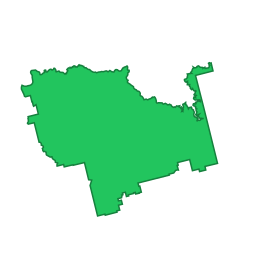 the district of Dardanup, Western Australia, Australia, rotated 346°
{"feature_id": "25037944B56639802047851", "entity_name": "Dardanup", "entity_type": "district", "adm_level": 2, "iso_a3": "AUS", "parent_name": "Australia", "parent_adm1": "Western Australia", "projection": "mercator", "projection_center": [115.891, -33.416], "detail": "fine", "context": "isolated", "style": "filled", "palette": "green", "viewbox_px": 256, "rotation_deg": 346, "n_neighbors": 0, "source": "geoboundaries", "source_scale": "gbopen_adm2", "svg_char_len": 5787}
<svg xmlns="http://www.w3.org/2000/svg" viewBox="0 0 256 256"><g transform="rotate(346 128 128)"><path d="M38.3,120.3L39.1,120.5L39.6,121.0L40.1,122.1L39.7,123.7L40.9,124.4L41.3,125.6L41.2,126.4L39.9,127.1L40.1,128.1L39.9,129.3L40.4,130.5L41.2,130.4L42.7,131.7L42.3,133.6L42.4,134.5L45.5,137.4L46.8,137.4L47.3,137.6L47.1,138.5L47.9,140.4L49.1,141.4L49.5,142.1L49.2,143.6L50.2,144.4L51.3,144.8L51.3,145.1L50.1,146.6L50.0,147.8L56.7,147.8L56.7,150.3L65.8,150.4L65.8,150.9L77.4,151.0L77.3,168.7L80.2,169.8L77.3,174.6L77.2,206.0L84.8,206.0L84.8,207.1L97.0,207.0L97.1,205.7L100.1,205.7L100.1,200.6L104.1,200.6L104.1,196.5L101.1,196.4L101.1,194.1L104.9,194.1L105.9,192.0L105.7,191.5L106.9,191.5L106.9,189.7L109.9,189.7L109.9,194.1L112.2,194.1L112.2,192.9L117.7,192.9L117.7,192.2L119.5,192.2L119.5,193.9L123.2,194.0L123.2,193.5L125.4,193.5L125.4,187.2L124.4,187.2L124.4,183.8L156.7,183.7L156.7,182.7L161.5,182.7L163.9,180.7L165.7,180.6L166.7,181.0L166.6,176.2L167.7,176.2L167.7,173.5L180.2,173.5L180.2,185.0L186.9,185.0L186.9,187.6L193.3,187.6L193.4,183.9L206.3,184.0L206.4,125.3L206.2,93.3L224.3,93.2L224.4,85.0L223.8,85.1L222.8,84.3L221.8,84.6L221.7,84.8L222.1,86.1L222.5,87.0L221.8,87.2L221.7,88.1L221.2,88.8L220.1,89.2L219.2,88.9L218.6,89.1L218.0,88.7L217.3,88.9L217.0,88.0L217.1,87.7L215.3,88.2L215.5,87.7L215.1,87.3L212.8,86.6L211.7,85.0L211.2,84.7L209.9,85.0L209.7,85.4L209.4,85.4L209.3,85.8L208.0,85.9L207.0,85.6L206.2,84.8L206.3,85.3L206.0,85.9L205.4,85.9L204.8,86.5L204.2,87.4L204.0,88.0L202.4,89.2L202.4,89.8L202.8,90.3L201.8,90.0L201.5,90.3L200.7,90.0L199.4,90.1L198.6,89.9L198.6,91.5L198.0,92.3L198.0,93.2L196.4,94.4L194.6,94.5L194.4,94.8L194.3,95.3L194.6,95.9L194.5,96.6L195.0,97.3L196.9,97.1L196.3,98.1L196.9,98.3L196.8,98.8L196.0,100.3L196.8,100.7L198.4,100.8L198.4,101.0L198.0,101.4L197.7,102.2L198.5,103.7L198.1,104.5L198.3,105.1L199.1,106.2L200.2,105.4L200.3,106.2L201.0,107.8L201.3,108.1L202.3,108.0L202.9,108.6L201.8,109.7L201.7,110.4L201.0,111.0L200.5,111.2L200.1,111.7L200.3,112.2L202.0,112.7L202.2,112.9L201.0,113.5L200.9,114.8L200.0,113.9L199.5,113.9L198.8,115.1L198.8,115.6L199.9,117.1L204.1,117.9L204.7,118.3L204.8,119.0L204.5,119.9L203.5,119.1L202.3,118.8L200.6,119.5L199.9,119.4L199.6,119.8L199.9,120.5L199.6,121.0L198.9,121.0L198.5,120.4L197.5,120.3L197.3,120.4L197.3,120.8L196.6,121.4L196.7,121.9L197.0,122.3L198.7,123.3L199.2,123.1L198.5,123.9L198.4,125.0L198.6,125.4L199.1,125.5L199.3,125.9L198.9,125.9L198.5,126.3L198.3,127.9L198.8,128.8L198.4,129.2L198.4,130.0L197.9,130.4L197.7,131.2L197.1,131.2L196.9,131.6L197.8,132.7L199.1,132.1L200.3,131.9L198.6,133.3L198.4,133.6L198.5,133.9L199.1,133.9L199.7,135.0L199.7,135.5L200.4,136.1L201.6,136.3L202.6,136.9L203.7,136.8L203.0,137.0L200.8,137.0L200.4,137.3L200.2,137.8L198.8,137.9L198.5,137.6L197.9,137.4L196.8,137.8L196.7,137.6L196.9,137.2L198.1,135.9L197.9,135.2L196.9,134.7L196.5,133.7L195.5,133.4L195.1,132.8L195.0,131.2L195.3,130.1L195.9,129.4L196.1,128.2L195.7,127.0L195.9,126.4L194.4,124.6L194.7,123.5L194.5,123.0L192.4,123.0L191.2,124.0L191.1,122.3L190.7,121.6L190.4,119.9L189.4,119.2L189.4,118.8L189.9,118.3L190.1,117.2L188.5,118.0L186.9,118.3L186.8,119.9L187.0,120.4L186.8,121.4L186.6,121.6L186.0,121.6L185.8,121.9L185.8,122.5L186.2,123.2L185.5,124.2L185.2,125.2L184.8,124.8L184.2,124.9L184.6,124.3L184.9,123.4L184.7,122.5L184.1,122.0L184.7,120.5L183.5,120.6L183.0,119.9L182.6,119.7L183.4,118.9L181.4,118.8L180.5,118.3L179.0,119.3L178.7,119.4L178.0,118.7L177.1,119.0L175.7,117.6L175.5,116.2L174.4,115.5L174.2,115.0L173.0,115.3L172.5,115.0L171.8,115.0L171.5,114.4L170.2,113.1L168.1,113.4L167.6,112.9L167.4,112.1L166.9,111.8L163.5,110.8L162.8,111.0L162.1,110.8L161.7,109.9L162.0,108.7L162.0,106.7L161.6,104.8L161.0,104.1L159.3,104.5L159.1,104.4L159.0,104.0L157.1,105.0L155.5,105.0L154.2,105.4L153.7,105.3L152.5,104.3L151.2,104.5L150.3,104.4L150.2,103.2L149.6,101.5L149.0,100.5L147.8,99.7L147.7,99.1L148.3,97.2L147.9,95.8L147.3,94.9L146.2,94.6L145.9,94.2L145.3,93.0L143.7,91.7L143.2,90.6L143.3,89.2L141.3,87.0L140.9,86.3L138.8,84.1L138.5,83.4L138.7,82.8L139.6,81.8L139.5,81.5L139.0,81.4L138.6,80.6L138.5,79.3L138.6,78.3L139.2,77.7L140.2,77.0L140.8,76.0L141.2,74.4L142.6,73.8L143.0,72.8L143.0,72.2L141.9,71.8L141.6,71.3L142.4,68.8L142.3,67.8L142.0,67.6L140.3,68.1L139.1,68.0L138.4,68.5L137.4,68.6L135.6,70.5L135.1,70.8L133.8,70.8L133.2,70.6L132.2,69.6L132.0,69.1L130.9,68.5L130.2,68.4L129.5,68.9L129.0,68.9L128.2,70.1L127.6,70.2L125.9,69.5L124.3,67.8L122.5,68.6L121.7,68.3L121.4,67.7L120.6,67.3L117.5,67.4L116.0,66.8L114.9,66.9L113.0,66.6L110.8,66.8L110.0,65.9L109.1,65.9L108.3,65.6L107.5,65.2L106.1,63.9L104.9,62.0L103.8,61.6L103.0,61.0L101.8,59.3L101.1,59.3L100.1,58.7L100.0,57.5L99.2,57.2L98.2,56.1L97.7,56.1L96.9,55.8L96.5,55.1L95.8,55.6L95.3,55.1L94.9,55.8L93.9,55.9L93.3,56.6L92.5,56.1L91.6,56.0L91.8,55.4L91.2,54.8L90.2,54.7L89.8,55.4L89.0,55.1L88.6,55.7L87.8,56.0L87.6,55.5L87.0,55.5L86.6,55.2L86.4,55.8L84.7,55.3L82.9,56.4L83.5,57.4L83.0,57.6L83.0,58.6L82.1,59.1L81.6,60.2L81.3,60.4L80.9,59.9L79.9,60.5L78.3,58.3L75.7,57.6L74.8,56.0L71.9,56.1L71.8,55.7L72.0,54.5L71.8,53.5L71.3,52.4L70.7,52.1L70.4,52.3L70.0,52.9L68.8,53.4L68.1,53.2L67.5,52.3L66.3,52.3L64.7,53.0L63.6,53.9L62.9,54.1L62.0,53.6L62.2,52.4L62.1,51.9L61.2,51.7L60.7,51.9L60.5,52.3L60.5,53.5L60.2,54.0L59.0,54.2L57.4,55.1L56.4,55.2L55.7,55.0L55.6,54.8L55.7,53.0L55.5,52.3L53.5,51.0L53.0,50.2L52.3,49.4L48.4,48.9L47.5,49.4L47.0,50.3L47.0,51.4L47.8,54.0L47.3,55.5L46.9,60.2L46.5,61.0L45.6,62.0L44.3,62.7L43.2,62.9L41.3,62.8L39.3,62.9L37.4,62.3L35.5,60.9L34.5,62.5L34.0,64.5L35.2,70.5L35.2,72.1L36.0,72.9L41.1,72.9L41.1,79.4L41.5,79.4L41.5,83.4L41.7,84.1L44.4,83.1L44.4,92.8L33.8,92.8L33.7,94.0L33.2,94.7L33.3,95.8L32.8,97.8L31.8,98.7L31.6,99.2L32.2,100.1L38.3,100.2L38.3,120.3Z" fill="#22c55e" stroke="#15803d" stroke-width="1.5"/></g></svg>